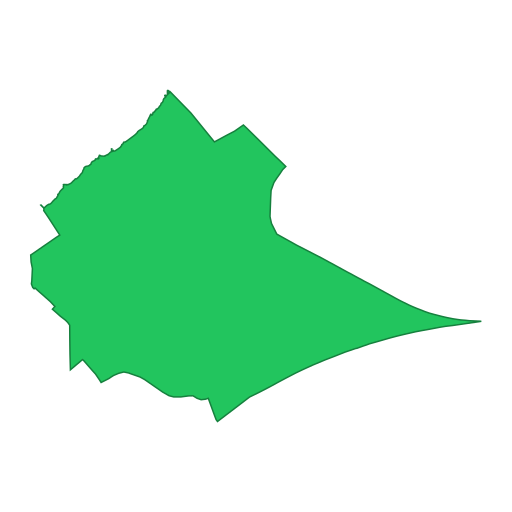 the district of Sidi Gabir, Al Iskandariyah, Egypt
{"feature_id": "37247803B76316502393625", "entity_name": "Sidi Gabir", "entity_type": "district", "adm_level": 2, "iso_a3": "EGY", "parent_name": "Egypt", "parent_adm1": "Al Iskandariyah", "projection": "albers", "projection_center": [29.945, 31.216], "detail": "fine", "context": "isolated", "style": "filled", "palette": "green", "viewbox_px": 512, "rotation_deg": 0, "n_neighbors": 0, "source": "geoboundaries", "source_scale": "gbopen_adm2", "svg_char_len": 5545}
<svg xmlns="http://www.w3.org/2000/svg" viewBox="0 0 512 512"><path d="M170.5,92.1L170.4,92.2L169.9,91.6L169.6,92.1L170.0,92.4L169.9,92.5L169.7,92.5L168.6,93.5L168.6,93.4L168.3,93.5L168.2,93.4L168.7,93.1L168.9,92.8L169.1,92.4L169.1,92.0L169.0,91.6L168.6,90.9L168.4,90.6L168.1,90.5L167.9,90.5L167.5,90.5L167.4,90.7L167.4,91.1L167.4,93.2L167.5,94.4L167.3,94.8L166.4,95.7L166.2,95.5L165.9,95.5L165.6,95.3L165.4,95.2L165.2,95.2L164.8,95.4L164.8,95.6L164.8,95.8L165.4,96.5L165.3,96.9L165.6,97.1L165.4,97.3L165.1,97.6L164.2,98.3L163.8,98.8L163.7,99.0L163.4,99.5L163.3,100.2L163.1,101.0L163.0,101.4L162.8,101.7L162.5,102.2L162.2,102.6L161.4,103.1L161.2,103.3L161.0,103.8L160.8,104.6L160.7,105.0L160.4,105.5L159.8,106.0L159.6,106.2L159.4,106.4L159.0,107.2L158.8,107.6L158.4,108.0L157.1,109.1L156.9,109.2L156.8,109.3L156.6,109.2L156.4,109.1L156.1,109.4L156.1,109.5L155.9,110.1L155.6,110.3L155.4,110.6L154.8,111.2L154.7,111.4L154.7,111.6L154.6,111.8L154.3,112.0L154.0,112.2L153.8,112.4L153.6,112.4L153.3,112.3L153.1,112.5L152.7,114.1L152.6,114.4L152.0,115.1L151.8,115.2L150.9,115.1L150.7,114.9L151.0,114.5L150.9,114.3L150.1,115.3L150.2,115.6L148.9,118.0L148.5,118.8L148.3,119.3L148.1,119.7L147.5,120.9L147.4,120.9L147.4,121.0L147.6,121.1L147.4,122.1L147.2,122.3L147.0,122.9L146.4,124.1L145.1,125.3L144.7,125.6L144.2,125.7L144.0,125.8L143.8,126.2L143.6,126.9L143.3,127.5L143.1,127.8L142.3,128.5L141.6,129.0L141.3,129.2L140.8,129.5L139.3,130.4L138.9,130.7L138.3,131.2L137.8,131.6L137.6,131.8L137.5,132.3L137.3,132.6L137.2,132.8L136.9,132.9L136.8,133.1L136.0,133.9L135.4,134.5L133.3,136.2L132.3,136.9L126.1,141.5L125.5,141.8L125.1,142.0L124.8,142.1L124.3,142.1L123.7,142.2L123.5,142.5L123.3,143.1L123.3,143.4L123.2,143.5L122.9,143.8L122.6,144.1L122.4,144.2L121.9,144.5L121.7,144.8L121.7,145.2L121.7,145.5L121.4,145.8L121.1,146.1L120.9,146.3L120.9,146.7L120.6,146.8L120.3,147.3L118.4,148.7L115.2,150.8L114.6,151.0L113.5,151.2L113.1,151.0L112.3,151.5L111.7,151.6L111.7,150.7L113.2,150.7L113.2,150.4L111.7,150.5L111.8,148.9L111.5,148.9L111.5,151.6L110.4,152.2L110.2,152.4L107.9,154.7L107.7,154.5L105.7,155.5L104.9,155.8L104.8,156.2L102.7,156.1L101.6,156.0L101.0,155.9L100.5,155.8L100.2,155.6L99.9,155.3L99.4,155.3L98.3,158.0L98.8,158.2L98.8,158.4L98.8,158.5L98.5,158.8L98.3,158.8L98.1,158.8L98.0,158.6L97.6,158.3L97.4,158.4L96.8,158.9L96.4,159.0L96.0,159.0L95.8,158.9L95.6,158.9L95.5,159.0L95.3,159.3L95.2,159.8L95.2,160.0L94.7,160.4L94.0,160.8L93.3,161.2L92.3,161.5L92.2,161.6L91.8,162.2L91.4,162.7L91.0,163.5L91.0,163.9L90.8,164.4L90.7,164.5L90.0,164.8L89.8,164.9L89.6,165.1L89.4,165.3L89.1,165.6L88.3,165.9L87.7,166.1L86.3,166.3L85.9,166.4L85.3,166.7L84.9,167.0L84.2,167.6L84.0,167.9L83.9,168.7L83.8,169.0L82.9,170.6L82.5,172.0L82.4,172.5L81.8,173.1L81.3,173.6L80.6,174.4L80.3,174.8L79.5,176.1L79.1,176.5L77.5,178.1L76.7,178.7L76.4,178.9L76.2,178.9L75.6,178.8L75.2,179.0L74.8,179.4L74.5,179.9L74.0,180.4L73.7,180.5L71.4,182.9L71.0,183.2L68.4,184.6L68.2,184.5L68.1,184.4L67.8,184.5L67.6,184.6L67.3,184.8L67.0,184.9L66.8,185.0L66.7,184.9L66.6,184.7L66.3,184.5L66.1,184.6L65.9,184.7L65.5,184.6L65.3,184.5L64.1,184.5L63.6,184.5L63.4,184.6L63.3,184.8L63.5,185.3L63.6,185.9L63.4,186.3L63.3,186.5L63.3,186.9L63.4,187.1L63.5,187.3L63.4,187.8L63.3,188.0L62.5,189.0L62.2,189.2L61.9,189.3L61.5,189.9L60.9,190.4L60.3,191.1L59.5,192.3L59.1,193.3L58.5,194.1L58.0,194.2L57.9,194.3L57.8,194.6L57.8,194.8L58.0,195.0L58.0,195.4L57.7,196.0L57.1,196.8L56.6,197.9L56.0,198.5L55.6,198.8L55.4,198.8L54.8,199.2L54.1,199.9L53.9,200.3L53.5,200.7L53.3,200.9L53.0,201.0L52.8,201.2L52.5,201.7L51.8,202.5L51.2,203.2L50.8,203.5L50.1,204.0L49.6,204.3L49.3,204.2L49.2,204.2L48.7,204.3L47.1,205.3L46.5,205.7L46.3,205.9L46.0,206.3L45.5,206.6L45.2,206.9L45.0,207.2L44.9,207.3L44.1,207.9L44.0,208.0L41.0,205.0L40.8,205.1L43.8,208.1L43.8,208.3L43.8,208.7L43.9,209.2L43.9,210.1L43.7,210.6L45.3,212.9L48.6,217.8L59.8,235.1L56.5,237.2L31.5,254.5L30.7,255.0L31.1,262.0L32.4,268.5L31.8,280.9L31.4,283.9L32.7,287.4L34.1,288.8L35.1,288.1L39.0,291.6L50.1,301.4L54.9,306.5L52.4,309.2L56.4,312.7L60.2,316.1L65.5,320.2L67.7,322.4L69.7,325.2L69.8,338.1L70.0,354.4L70.4,369.8L82.5,359.6L83.7,360.6L92.5,370.7L95.4,373.9L96.1,374.9L99.7,380.2L101.1,382.5L108.8,378.6L111.3,376.9L113.7,375.4L118.7,373.3L123.8,372.0L128.8,373.0L129.4,373.3L140.0,377.0L144.7,379.6L162.7,392.1L169.0,395.7L173.6,396.9L181.0,396.9L188.6,395.9L193.0,395.8L197.1,398.3L201.1,399.7L205.5,399.2L208.3,398.3L214.3,414.8L216.1,419.6L217.5,421.5L249.6,397.0L259.8,392.0L269.8,386.8L278.2,382.2L285.9,378.1L295.7,373.0L302.8,369.6L312.4,365.2L325.3,359.8L334.2,356.4L344.8,352.2L355.3,348.6L357.2,348.2L363.8,345.8L366.0,345.1L369.5,343.8L377.0,341.7L382.2,340.2L389.8,338.0L396.6,336.2L400.7,335.2L405.3,334.1L411.5,332.7L415.4,331.8L421.7,330.6L429.6,329.2L439.5,327.3L445.6,326.3L452.6,325.5L478.9,321.7L481.3,321.3L480.3,321.2L469.2,320.7L465.7,320.3L460.6,319.9L457.0,319.4L453.1,318.8L447.0,317.6L442.2,316.5L434.0,314.4L431.5,313.7L429.6,313.2L427.0,312.3L424.7,311.5L421.5,310.2L416.3,308.2L412.5,306.6L408.7,304.9L400.2,300.7L395.0,297.9L370.3,284.3L363.9,281.0L361.5,279.6L358.4,278.0L354.5,275.9L351.3,274.1L347.6,272.2L344.7,270.6L335.2,265.4L332.5,263.9L328.9,262.0L321.8,258.1L296.5,245.1L284.5,238.4L276.8,234.1L271.5,223.5L270.4,218.6L270.0,216.4L270.7,197.5L271.1,190.4L273.9,182.6L274.4,181.8L276.8,178.1L279.9,173.8L282.6,169.7L285.8,166.5L279.9,160.7L275.0,156.1L260.1,141.3L246.8,128.2L243.4,125.0L234.5,131.2L227.0,135.1L214.4,141.9L190.9,113.0L170.5,92.1Z" fill="#22c55e" stroke="#15803d" stroke-width="1.5"/></svg>